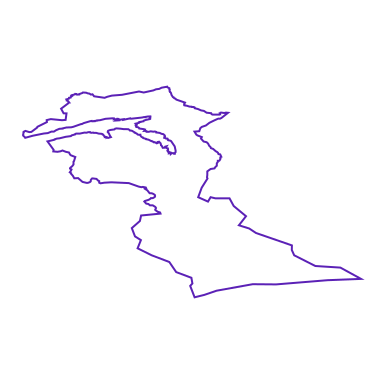 Nesset nor, Møre og Romsdal, Norway (Natural Earth projection)
{"feature_id": "86288312B48311014337711", "entity_name": "Nesset nor", "entity_type": "district", "adm_level": 2, "iso_a3": "NOR", "parent_name": "Norway", "parent_adm1": "Møre og Romsdal", "projection": "natural_earth1", "projection_center": [7.966, 62.59], "detail": "fine", "context": "isolated", "style": "outline", "palette": "violet", "viewbox_px": 384, "rotation_deg": 0, "n_neighbors": 0, "source": "geoboundaries", "source_scale": "gbopen_adm2", "svg_char_len": 5883}
<svg xmlns="http://www.w3.org/2000/svg" viewBox="0 0 384 384"><path d="M228.0,112.8L226.0,112.6L224.2,113.0L221.2,112.6L220.5,112.7L220.2,113.4L219.8,113.4L220.0,114.1L219.6,114.0L219.3,114.6L212.6,114.6L211.6,114.2L211.2,113.2L206.6,112.7L203.9,110.9L201.1,110.4L197.9,109.0L195.0,108.3L195.1,108.1L194.6,107.4L193.6,107.0L191.8,107.0L191.6,106.7L189.5,106.6L186.7,105.7L184.9,105.5L184.7,105.3L184.6,104.9L184.2,105.0L184.1,104.1L185.0,102.6L176.3,99.6L175.4,98.6L174.5,98.4L173.7,97.7L173.7,97.4L172.9,97.1L171.5,94.9L171.0,93.0L170.3,92.0L170.0,92.0L169.5,90.9L169.8,89.8L169.7,89.4L169.3,89.2L169.3,88.2L167.2,87.2L167.1,86.7L161.6,87.7L159.2,88.9L156.0,89.3L153.4,90.4L143.7,92.5L139.0,91.5L122.0,94.8L111.9,95.6L107.2,96.8L104.6,97.8L94.1,96.3L92.5,94.3L90.9,94.6L89.4,93.6L87.9,93.4L86.1,92.7L82.9,92.5L82.4,93.0L79.2,94.1L79.2,94.5L77.1,94.6L76.6,94.5L76.4,94.0L75.1,93.9L74.8,94.4L71.4,95.3L71.2,95.6L72.0,96.1L70.5,97.3L70.5,97.6L69.0,97.8L68.8,98.7L66.4,99.4L66.8,100.0L66.7,100.5L68.0,101.0L69.1,102.4L68.4,102.4L68.4,103.2L61.1,108.7L63.6,113.3L66.5,113.4L65.6,119.9L62.0,120.2L50.8,119.1L46.7,120.1L46.9,122.1L37.4,126.8L37.1,127.6L31.4,131.9L29.3,132.1L25.4,130.9L23.8,131.7L23.5,132.0L23.7,132.5L23.4,132.9L23.3,134.5L23.0,135.0L23.4,135.9L24.7,137.0L25.2,137.8L32.9,135.7L43.9,133.5L47.8,133.1L51.4,131.6L53.9,131.6L56.1,130.2L59.4,128.8L62.6,128.6L62.6,128.4L66.4,127.5L71.2,127.3L73.3,126.8L81.3,124.0L81.8,124.1L83.7,123.1L90.2,121.2L91.8,120.9L92.1,121.3L94.3,121.2L94.2,121.0L97.2,120.6L97.2,120.4L100.0,120.2L105.5,118.8L112.5,118.3L114.1,118.4L114.3,118.8L113.7,118.7L114.0,119.1L113.9,119.4L117.4,119.1L117.4,118.8L118.0,118.8L118.7,119.1L117.8,119.3L117.4,119.6L116.6,119.7L116.4,120.3L116.1,120.5L119.2,120.3L119.1,119.9L119.9,119.9L120.1,119.7L124.1,119.1L124.2,119.4L124.0,119.7L129.9,118.4L129.9,118.6L131.5,118.7L142.2,117.5L143.8,117.1L145.0,117.2L144.9,117.0L147.8,116.5L150.3,116.4L150.3,117.1L150.0,117.1L150.3,117.2L150.1,117.7L150.2,118.5L149.6,118.6L149.7,119.1L146.0,119.9L144.1,120.5L143.4,121.0L143.4,121.3L140.0,121.9L140.1,122.1L138.8,122.4L138.8,122.9L135.9,123.6L136.8,124.3L136.8,124.9L135.6,125.3L135.8,126.0L135.4,126.0L136.1,126.3L136.1,126.8L136.5,127.0L137.9,127.2L138.9,127.8L139.2,128.5L144.1,129.2L144.5,129.7L145.0,129.7L144.9,130.2L144.3,130.9L145.7,130.8L145.9,130.9L145.6,131.0L145.9,131.4L146.6,131.8L148.7,131.8L150.7,131.3L153.3,131.7L154.9,131.5L156.2,131.9L156.3,132.5L156.7,132.5L159.7,132.9L161.5,133.8L163.4,134.2L164.8,135.5L164.9,136.0L165.0,136.4L164.6,136.7L164.7,137.0L164.4,137.0L164.2,137.8L165.4,138.1L165.8,138.5L167.4,138.6L167.7,139.6L168.0,139.5L168.4,140.3L169.9,140.5L171.1,141.1L174.7,146.4L175.6,150.6L175.6,152.1L175.0,152.7L174.8,153.8L173.9,153.7L173.9,153.4L173.4,153.1L171.8,153.1L170.9,153.9L170.9,153.1L169.5,153.3L169.7,153.0L168.8,153.1L168.8,152.7L167.8,153.1L168.6,152.6L170.5,152.9L171.4,152.6L170.4,152.5L167.7,151.3L167.5,150.8L168.1,150.6L167.9,150.1L168.1,149.1L167.8,148.3L166.9,148.3L166.3,147.9L166.1,146.9L166.5,146.3L165.1,146.7L164.6,147.7L162.7,147.8L161.8,145.9L161.0,145.3L160.9,144.4L160.6,143.3L159.6,142.4L159.2,142.4L159.2,142.1L158.7,142.1L158.7,141.8L157.6,142.0L157.5,143.1L156.6,143.3L155.3,142.4L153.9,142.3L153.8,141.9L152.5,141.6L151.8,141.0L151.3,141.1L148.6,139.7L146.1,139.2L146.1,138.9L143.3,138.1L142.9,137.8L142.9,137.5L141.7,137.0L141.0,136.4L140.5,135.6L140.4,134.7L139.0,134.8L137.6,134.5L136.8,133.6L134.9,132.8L135.0,132.6L131.8,130.7L129.9,130.5L129.8,130.2L128.3,129.2L123.5,129.1L120.5,128.7L116.5,128.4L115.1,128.7L114.5,129.4L110.2,130.0L108.1,130.8L107.7,132.0L108.9,133.4L109.9,135.6L110.9,137.1L108.2,137.9L107.5,137.8L107.0,137.3L106.5,137.6L106.5,137.1L105.4,137.1L105.6,136.8L104.5,136.5L103.1,134.5L102.5,134.5L102.2,134.0L101.6,133.8L98.7,133.6L96.3,132.9L93.7,132.9L93.3,132.6L91.2,132.8L89.8,132.4L89.8,132.1L88.1,132.2L86.7,132.7L84.4,132.6L79.8,133.6L76.1,133.6L75.1,134.1L75.1,134.4L71.6,135.4L70.9,136.1L65.7,136.8L59.6,138.3L56.9,138.6L54.7,139.3L54.7,139.6L54.2,139.8L47.5,141.4L53.6,149.8L53.3,151.4L57.4,151.8L60.5,151.3L62.5,150.5L65.8,151.8L69.0,152.5L70.1,154.6L70.9,155.3L75.3,157.0L74.0,161.1L73.5,161.7L73.5,164.5L72.3,166.1L70.2,167.9L70.0,168.4L70.0,168.6L71.5,169.5L70.9,170.8L69.8,172.3L71.1,173.2L71.0,173.7L72.8,175.7L74.3,178.3L78.1,178.1L82.5,181.9L86.7,182.9L87.7,182.9L89.9,182.1L90.7,181.4L90.8,180.0L91.5,179.1L92.0,178.5L92.7,178.4L96.5,178.9L98.0,180.5L99.2,181.1L99.2,182.7L100.5,183.3L104.3,182.7L111.4,182.3L128.8,183.1L138.7,186.6L141.4,187.2L142.8,186.9L145.8,187.5L146.2,188.4L145.1,188.9L147.3,190.3L149.6,193.2L151.8,193.3L153.3,193.9L154.8,194.9L155.1,196.0L154.9,196.8L153.5,197.8L152.7,198.1L150.9,198.1L150.6,198.6L148.7,199.8L144.8,201.0L144.3,201.5L146.2,203.6L148.4,204.0L149.9,205.3L152.7,205.3L155.3,206.9L156.0,208.0L155.2,209.8L155.4,210.1L157.6,211.7L160.1,212.5L160.5,213.6L141.1,215.5L139.9,221.0L131.8,228.1L135.0,236.4L140.9,240.1L137.6,248.3L151.7,255.3L169.3,262.0L176.2,272.1L191.4,277.8L192.4,283.5L190.2,285.9L194.6,297.3L204.3,294.9L216.6,290.7L252.7,284.2L276.1,284.4L327.5,280.2L361.0,278.9L340.4,267.6L315.3,266.0L294.2,255.3L291.8,250.0L291.9,245.4L256.0,233.0L249.2,228.5L238.9,225.3L246.0,216.2L233.7,206.0L229.5,198.3L215.3,198.3L210.6,197.2L208.0,201.6L198.2,197.2L201.7,187.7L207.5,178.5L207.0,177.3L207.3,175.1L207.3,171.4L210.6,169.0L214.5,168.4L215.3,167.1L216.8,165.7L216.8,163.3L217.7,162.2L217.8,160.8L219.1,160.8L219.6,160.4L220.5,158.7L220.2,158.0L220.5,157.1L221.3,156.8L220.2,154.4L218.5,154.1L218.0,152.8L217.1,152.0L215.7,151.2L213.1,148.9L210.9,148.1L210.5,147.0L209.2,145.8L208.1,143.6L206.6,142.2L203.6,141.5L201.0,138.6L201.8,137.1L197.4,135.4L196.3,134.6L194.5,131.6L199.3,131.2L200.3,128.2L201.8,126.9L205.9,125.5L209.4,122.8L214.3,120.4L217.6,118.9L218.6,118.6L219.9,118.7L221.4,118.0L228.0,112.8Z" fill="none" stroke="#5b21b6" stroke-width="2"/></svg>